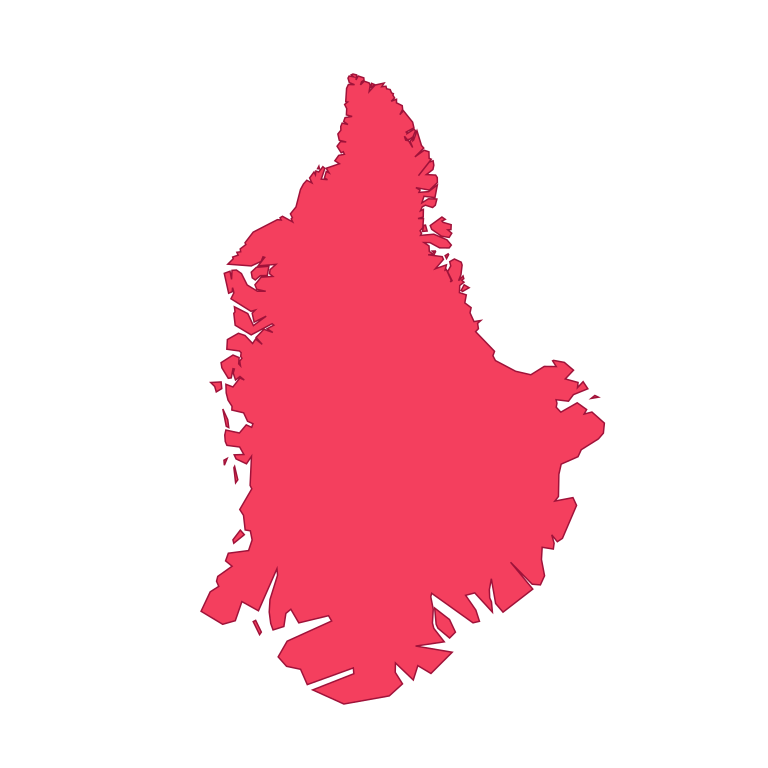 SVG path tracing the border of Greenland, rotated 172°
{"feature_id": "GRL", "entity_name": "Greenland", "entity_type": "country or territory", "adm_level": 0, "iso_a3": "GRL", "parent_name": "North America", "parent_adm1": "", "projection": "mercator", "projection_center": [-41.68, 71.708], "detail": "fine", "context": "isolated", "style": "filled", "palette": "rose", "viewbox_px": 768, "rotation_deg": 172, "n_neighbors": 0, "source": "natural_earth", "source_scale": "50m", "svg_char_len": 6178}
<svg xmlns="http://www.w3.org/2000/svg" viewBox="0 0 768 768"><g transform="rotate(172 384 384)"><path d="M468.3,72.7L497.2,91.0L454.2,101.3L453.9,107.1L501.8,97.0L506.3,113.1L519.8,118.0L526.8,128.5L515.7,142.8L468.8,156.6L471.2,162.3L501.6,159.3L507.6,173.9L513.1,170.5L516.9,157.8L528.1,155.9L529.5,162.6L529.4,174.2L526.9,186.4L516.0,209.5L515.7,216.0L539.9,176.9L555.0,188.3L564.2,170.3L577.2,168.5L596.8,184.4L585.0,202.4L575.8,206.6L577.3,212.0L575.4,216.6L559.8,224.7L565.5,230.9L561.7,238.1L541.3,237.9L536.3,247.9L536.8,257.2L541.8,258.8L541.4,273.5L544.3,279.8L529.5,298.6L530.7,302.2L525.3,330.8L531.3,324.1L540.9,330.4L542.2,334.7L532.6,333.7L535.7,341.7L548.1,345.1L549.2,349.1L548.8,355.6L547.0,360.4L534.0,355.6L526.1,362.7L521.1,359.5L519.3,362.9L524.3,366.1L527.0,375.0L538.3,379.4L537.6,383.0L540.7,389.8L541.5,397.1L540.6,405.7L534.0,402.1L525.9,410.0L521.8,407.4L525.6,411.5L530.5,408.6L531.8,415.8L530.1,419.7L531.4,420.2L534.4,411.3L537.4,411.3L542.3,422.6L542.4,427.8L529.5,433.7L523.8,430.3L525.1,424.2L523.6,422.0L523.7,426.6L521.1,429.3L522.1,431.3L521.1,434.9L522.5,436.8L534.8,440.3L532.9,449.8L521.1,454.5L514.9,451.4L508.5,442.4L504.9,446.4L499.1,440.2L504.2,447.9L495.3,454.9L486.9,450.5L492.0,455.0L484.9,457.6L486.4,459.3L508.7,451.1L523.2,462.9L522.9,474.9L521.5,476.2L521.4,481.3L509.1,472.7L505.2,460.0L491.2,467.6L504.0,463.3L504.7,472.5L501.3,475.1L505.6,474.5L523.7,489.7L520.0,495.1L520.1,497.6L520.6,500.5L521.4,496.5L525.2,495.5L526.8,515.8L520.8,517.1L520.4,508.8L518.7,517.7L514.3,517.4L509.8,513.2L505.7,501.1L496.5,493.5L488.2,492.3L496.8,495.5L498.0,500.2L490.8,506.9L479.1,506.0L482.0,509.2L480.9,513.1L474.4,517.5L492.2,518.5L484.5,526.0L486.1,526.8L488.6,522.5L499.0,519.4L522.0,524.4L515.9,529.0L516.2,530.8L510.5,531.9L511.4,534.9L507.5,534.9L507.6,537.8L501.4,541.3L502.0,543.2L492.4,552.6L466.7,561.6L463.0,560.7L463.8,563.1L461.2,564.2L451.9,557.2L452.9,560.5L451.6,561.4L453.0,565.5L446.5,571.6L439.6,588.3L435.9,593.3L432.1,596.5L427.4,593.2L429.0,598.4L423.8,603.7L422.8,600.7L421.8,604.4L419.1,603.0L414.3,607.7L412.6,605.7L417.6,595.6L411.5,594.2L414.3,596.3L411.6,602.5L409.0,600.7L411.2,605.7L397.5,608.3L401.6,611.9L397.0,616.7L391.2,617.0L392.0,619.7L394.2,618.9L397.4,626.0L393.3,630.1L387.7,628.9L394.4,631.6L394.9,638.0L391.4,641.3L391.0,645.0L389.1,648.2L383.6,646.0L387.4,649.6L385.5,653.2L378.3,653.4L383.8,655.7L382.6,661.9L384.1,666.3L380.8,668.3L382.6,668.9L379.9,682.0L377.6,685.5L371.5,684.5L376.4,687.3L377.1,691.9L375.7,693.8L371.3,692.4L373.4,694.7L371.6,695.3L368.1,693.9L369.4,689.0L366.7,692.6L361.4,690.0L361.5,687.6L364.2,686.4L365.7,683.5L361.4,686.6L356.8,684.2L356.1,681.9L358.0,675.6L351.1,681.3L342.0,682.0L344.9,678.7L340.6,678.6L340.3,676.0L336.9,674.7L336.0,671.2L334.3,670.2L335.0,668.8L333.7,665.8L337.5,663.0L332.0,664.2L332.5,660.7L327.2,657.1L327.3,653.4L330.8,648.5L326.7,651.9L319.2,639.3L318.7,633.5L327.6,630.2L326.0,630.3L326.4,628.7L318.7,632.1L317.6,630.4L320.9,624.7L324.7,622.8L326.9,622.7L329.3,626.5L328.6,622.4L325.8,621.4L322.7,614.2L324.4,620.8L320.9,623.6L321.5,621.0L320.7,621.5L316.1,630.2L313.7,615.0L311.8,612.1L321.8,604.6L311.7,609.9L307.2,607.7L307.9,601.2L305.9,600.0L320.9,585.5L308.4,597.4L304.3,598.2L304.2,593.7L305.7,589.6L312.9,585.5L303.8,583.7L302.5,581.0L303.1,576.0L312.0,569.7L325.1,574.0L321.3,571.0L322.7,568.9L313.1,568.3L303.5,573.6L307.6,561.5L318.3,564.3L321.3,558.1L314.2,561.2L305.9,559.8L308.3,553.9L311.3,552.0L318.1,555.3L321.5,554.1L323.8,550.4L320.7,551.4L321.9,543.9L327.3,543.1L321.9,542.3L323.8,533.4L327.0,530.7L325.9,527.9L327.2,526.1L313.8,525.4L301.6,518.0L298.0,512.2L300.5,509.7L310.0,511.1L318.8,517.6L324.7,518.5L320.2,514.5L320.7,509.0L317.1,505.6L322.3,505.8L308.6,502.0L307.8,499.1L317.1,491.0L305.6,493.3L307.6,488.3L306.3,488.7L303.0,477.4L304.1,475.8L302.2,476.8L305.4,486.4L301.5,491.6L301.9,496.0L296.9,498.0L290.6,493.9L290.1,490.9L292.6,481.5L295.8,475.9L290.7,480.0L290.3,477.2L292.7,476.0L290.6,473.7L295.3,471.0L296.6,464.0L290.1,460.8L292.7,453.1L287.1,447.5L288.9,442.5L286.2,433.3L279.3,433.4L282.9,431.0L282.8,425.6L286.0,423.1L270.0,401.0L272.2,396.8L270.4,391.7L251.9,378.3L237.3,372.7L222.9,379.1L211.0,377.3L213.8,383.5L212.8,383.8L202.4,380.3L194.4,371.3L203.8,363.8L191.6,358.5L192.9,353.5L186.5,358.6L182.8,350.9L197.9,347.1L203.7,341.3L215.8,344.5L215.4,340.9L216.7,337.0L212.8,331.5L195.3,338.5L186.9,330.5L190.0,326.4L182.0,327.3L171.2,314.6L173.6,304.8L179.3,299.8L197.8,291.5L202.0,285.0L219.7,280.0L223.4,270.2L226.9,248.3L231.1,244.3L212.7,245.2L210.2,237.0L228.8,206.3L234.3,203.7L238.9,211.3L237.7,202.6L239.3,197.0L250.1,200.3L252.5,188.3L251.7,171.7L257.1,163.3L265.1,165.1L283.5,189.9L265.2,160.2L297.9,141.5L304.0,151.1L304.8,176.2L308.3,165.7L309.1,157.4L307.9,153.4L308.4,143.0L323.2,164.5L332.6,163.4L324.5,147.3L322.5,135.7L329.1,135.1L365.9,170.1L367.3,166.8L366.6,154.1L369.3,140.6L368.7,135.1L360.2,120.3L389.2,120.1L353.8,108.9L377.8,90.8L389.7,100.4L396.2,86.8L411.5,106.2L413.0,96.9L407.4,84.5L422.2,74.4L468.3,72.7ZM306.5,522.4L315.2,530.5L316.2,534.5L303.4,541.3L300.4,538.5L304.0,537.3L302.9,535.8L295.3,532.4L296.2,527.6L299.4,527.8L295.9,523.9L299.1,520.1L306.5,522.4ZM499.7,507.5L499.9,513.2L494.2,517.3L481.6,516.6L484.5,507.7L491.4,508.5L497.0,504.9L499.7,507.5ZM365.0,155.1L351.9,141.6L347.8,128.3L354.4,123.3L364.6,134.7L365.8,138.8L365.0,155.1ZM555.3,250.7L546.6,259.3L543.3,254.2L554.9,247.2L555.3,250.7ZM551.2,399.5L552.0,405.1L555.4,409.6L545.0,408.7L545.3,402.0L551.2,399.5ZM547.1,381.7L543.7,370.4L543.8,362.5L546.1,364.1L547.1,381.7ZM294.6,465.9L290.8,471.1L286.3,467.5L293.3,464.7L294.6,465.9ZM546.6,166.9L544.0,167.8L540.0,155.4L542.1,153.1L546.6,166.9ZM322.4,535.6L320.8,535.6L320.0,529.5L324.7,529.7L322.4,535.6ZM544.3,322.0L543.4,323.2L542.1,309.5L544.7,306.8L544.3,322.0ZM180.8,340.9L176.8,343.3L173.5,341.1L180.8,340.9ZM305.6,502.6L302.4,504.0L302.0,503.1L304.6,499.5L305.6,502.6ZM553.1,330.8L549.7,332.1L553.4,325.8L553.1,330.8ZM355.7,679.5L354.5,683.5L351.6,681.8L355.7,679.5ZM317.8,508.9L314.7,508.6L314.5,507.9L315.7,506.3L317.8,508.9ZM419.8,606.5L418.2,608.7L418.0,606.0L419.8,606.5Z" fill="#f43f5e" stroke="#9f1239" stroke-width="1.5"/></g></svg>